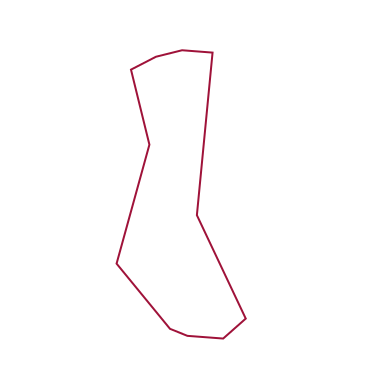 an SVG outline of Guam, rotated 321°
{"feature_id": "GUM", "entity_name": "Guam", "entity_type": "country or territory", "adm_level": 0, "iso_a3": "GUM", "parent_name": "Oceania", "parent_adm1": "", "projection": "albers", "projection_center": [144.773, 13.44], "detail": "fine", "context": "isolated", "style": "outline", "palette": "rose", "viewbox_px": 384, "rotation_deg": 321, "n_neighbors": 0, "source": "natural_earth", "source_scale": "50m", "svg_char_len": 303}
<svg xmlns="http://www.w3.org/2000/svg" viewBox="0 0 384 384"><g transform="rotate(321 192 192)"><path d="M154.1,324.2L124.0,325.5L97.9,300.9L88.8,284.5L88.3,200.2L188.7,128.4L221.6,58.5L249.1,64.2L273.5,75.6L295.7,96.6L181.2,213.1L154.1,324.2Z" fill="none" stroke="#9f1239" stroke-width="2"/></g></svg>